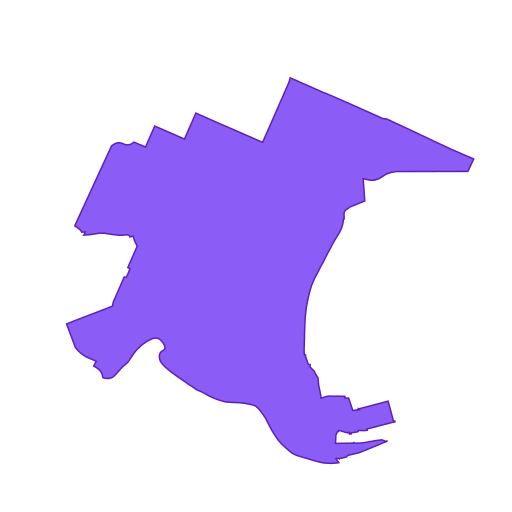 Melbourne, Victoria, Australia (Mercator projection), rotated 286°
{"feature_id": "25037944B74771981745191", "entity_name": "Melbourne", "entity_type": "district", "adm_level": 2, "iso_a3": "AUS", "parent_name": "Australia", "parent_adm1": "Victoria", "projection": "mercator", "projection_center": [144.943, -37.813], "detail": "fine", "context": "isolated", "style": "filled", "palette": "violet", "viewbox_px": 512, "rotation_deg": 286, "n_neighbors": 0, "source": "geoboundaries", "source_scale": "gbopen_adm2", "svg_char_len": 6032}
<svg xmlns="http://www.w3.org/2000/svg" viewBox="0 0 512 512"><g transform="rotate(286 256 256)"><path d="M80.2,392.6L83.2,388.7L83.6,389.3L84.1,390.7L84.1,391.5L83.9,392.1L84.5,392.4L84.9,393.0L85.2,393.6L85.3,394.2L86.1,395.5L86.6,396.5L87.2,397.3L87.6,398.2L89.7,399.4L90.0,399.9L92.6,404.5L94.0,406.9L94.5,408.1L95.4,409.3L98.7,413.7L99.7,415.0L100.5,416.0L101.8,417.6L103.3,419.6L104.9,421.5L106.3,423.4L108.1,425.6L109.9,427.8L111.2,429.3L112.8,431.6L113.8,432.8L114.1,433.0L114.3,432.9L114.2,432.6L113.4,431.6L113.4,431.2L113.6,431.0L113.7,430.7L113.9,430.0L113.9,429.1L114.0,427.6L112.4,423.9L110.4,419.5L110.2,419.2L109.7,418.3L109.6,417.6L109.3,417.2L109.1,416.9L108.9,416.4L108.6,415.9L108.4,415.4L108.0,414.7L107.7,414.1L105.9,410.3L105.8,409.8L105.2,408.6L103.3,402.5L103.3,402.0L103.7,401.6L102.8,400.7L97.8,384.1L105.7,382.2L106.2,382.3L106.9,382.4L107.3,382.4L108.2,382.4L109.2,382.5L109.5,383.1L109.8,383.2L110.2,383.3L110.2,383.7L111.3,383.7L111.3,384.9L111.1,391.4L111.5,392.2L111.4,392.2L111.3,393.2L111.6,393.3L111.8,393.2L112.2,394.3L111.6,394.6L110.6,395.0L111.3,396.6L111.5,396.5L112.3,396.3L115.1,402.3L115.6,402.6L116.5,402.3L118.1,408.7L119.2,410.9L119.2,411.0L119.4,411.0L120.3,410.4L126.3,420.5L134.4,434.2L134.3,434.3L134.9,435.3L135.6,434.8L135.0,433.8L152.9,423.0L137.7,397.5L137.6,396.9L137.0,397.8L136.0,396.2L136.3,396.0L135.2,394.1L134.2,391.6L144.9,384.3L144.9,384.1L144.0,380.5L145.4,380.1L145.6,380.1L144.7,376.7L143.6,372.3L143.2,371.5L141.7,365.7L141.5,364.8L141.2,364.1L141.0,363.6L140.7,363.1L140.5,362.6L137.3,357.8L137.9,357.5L140.9,356.2L149.2,351.8L156.1,349.1L159.5,345.3L161.2,343.9L164.3,338.5L166.6,338.0L166.2,336.3L167.1,335.5L168.8,334.3L169.5,333.9L170.5,333.2L171.5,332.6L171.4,332.2L171.9,331.9L172.6,331.7L174.2,330.9L174.6,330.8L174.2,329.9L174.8,329.7L176.2,329.0L177.5,328.6L180.1,327.8L183.8,326.9L188.9,325.6L198.5,323.1L201.9,322.3L204.5,321.6L207.1,321.0L209.7,320.4L211.9,320.0L214.2,319.6L218.2,318.9L222.0,318.4L227.5,317.9L230.2,317.7L232.0,317.6L235.4,317.5L240.2,317.5L241.8,317.5L245.3,317.8L248.6,318.2L251.2,318.6L259.0,320.3L263.3,321.0L264.9,321.3L266.2,321.7L267.6,322.1L268.6,322.4L268.9,322.4L269.5,322.4L270.0,322.5L271.7,322.9L272.7,323.0L274.5,323.4L278.7,324.2L282.9,325.2L285.3,325.7L286.6,325.9L287.7,326.1L293.5,327.5L296.3,328.3L298.0,328.8L300.4,329.4L301.5,329.8L303.0,330.0L305.2,330.4L306.1,330.5L308.0,330.6L309.7,330.6L310.6,330.6L313.0,330.4L314.7,330.0L315.7,329.8L315.9,330.5L316.3,330.4L317.8,330.0L319.5,329.4L320.5,329.1L321.8,328.8L322.8,328.8L323.1,328.9L323.6,329.0L324.1,329.2L325.2,329.7L327.0,331.4L328.7,332.4L338.9,345.4L359.9,337.7L359.9,339.0L360.1,341.9L360.2,343.4L360.3,344.2L360.4,344.9L360.5,345.7L360.7,346.4L360.9,347.1L361.2,347.9L361.4,348.6L361.7,349.3L362.2,350.0L363.0,351.2L363.5,351.8L363.9,352.5L364.4,353.1L365.0,353.6L368.0,356.3L368.2,356.5L370.2,358.2L370.6,358.6L370.9,359.0L373.5,362.8L373.7,363.1L373.9,363.5L375.7,367.2L375.9,367.7L376.1,368.4L395.7,436.4L409.3,438.5L410.7,427.2L412.4,414.4L416.5,389.0L418.2,378.6L421.0,361.3L422.7,350.3L423.6,345.0L423.6,344.3L423.7,343.5L423.6,343.1L423.5,342.3L423.3,341.3L423.2,340.6L423.1,339.8L423.1,339.4L423.2,338.6L423.6,336.6L424.1,333.1L425.1,326.1L426.6,315.4L427.1,312.1L431.6,278.5L431.6,276.5L436.7,239.8L432.4,239.8L414.8,237.5L413.5,237.3L411.4,237.0L407.7,236.5L405.9,236.3L403.0,235.9L367.1,231.0L373.5,182.6L375.2,170.4L376.8,158.8L348.7,155.0L353.0,122.8L330.3,119.8L331.8,107.3L331.2,106.7L330.9,106.5L330.4,106.2L330.0,105.9L329.7,105.6L329.3,105.2L328.9,104.7L328.6,104.3L328.4,103.9L328.1,103.4L327.8,102.9L327.6,102.3L327.5,101.9L327.3,101.4L327.2,100.8L327.2,100.4L327.1,99.8L327.1,99.2L327.4,95.7L327.3,94.9L327.3,94.1L327.2,93.5L327.1,93.1L326.9,92.6L326.8,92.2L326.4,91.4L326.1,90.9L325.8,90.4L325.4,89.8L324.9,89.2L324.4,88.8L322.1,86.8L236.7,73.7L235.1,73.5L234.6,74.3L234.4,75.1L234.2,76.2L234.0,76.7L233.7,77.2L233.5,77.5L233.3,78.0L233.1,78.5L233.0,79.0L232.7,79.8L232.3,80.3L231.9,80.9L231.3,81.5L231.0,81.8L230.9,81.9L231.5,83.8L232.0,85.3L229.6,85.0L228.6,84.7L231.1,91.4L235.0,99.7L236.1,104.2L236.6,108.1L237.1,112.0L238.4,119.5L239.4,122.5L240.5,125.1L240.8,126.8L240.9,127.9L240.6,128.7L239.5,129.6L240.1,130.5L241.2,132.5L237.2,135.0L233.7,138.2L232.9,139.1L209.8,136.0L209.5,136.0L209.1,138.5L206.1,138.0L205.6,138.1L199.8,137.2L199.5,135.6L199.5,135.1L172.6,131.5L168.1,131.7L152.9,111.6L143.3,98.8L142.2,97.5L138.5,92.6L118.0,107.8L118.0,108.0L117.1,109.2L116.3,110.6L115.6,111.7L115.1,112.8L114.5,113.9L114.0,115.1L113.5,116.4L113.1,117.6L112.7,118.9L112.4,120.0L112.1,121.2L111.9,122.5L111.6,124.8L111.2,128.8L110.7,131.4L105.5,130.3L105.1,131.8L105.0,132.4L104.5,133.9L104.0,135.2L103.4,136.6L102.7,137.8L101.8,139.0L100.0,140.6L96.8,142.4L96.8,142.9L96.8,143.8L97.1,145.8L97.5,147.7L98.2,149.2L99.2,150.7L100.2,151.8L101.2,152.5L102.3,153.2L104.0,154.1L105.4,154.7L108.0,156.0L110.6,157.1L112.6,158.3L115.5,160.1L117.1,161.2L118.6,162.1L121.0,162.9L122.8,163.5L124.9,164.2L126.9,164.8L129.4,165.7L131.8,166.7L134.3,168.0L136.0,169.1L138.1,170.1L139.8,171.4L142.6,173.6L145.0,175.8L146.6,177.6L148.0,179.2L149.0,180.9L149.7,182.9L149.7,184.6L149.3,186.6L148.6,188.1L147.3,190.0L145.8,191.8L144.2,193.1L143.2,193.7L141.8,193.8L140.4,193.5L139.2,192.5L138.1,191.3L136.7,190.7L135.4,190.5L134.1,190.5L132.7,190.8L131.3,191.3L130.0,192.0L128.5,193.1L127.4,194.3L126.4,195.7L125.2,197.7L123.3,201.4L122.0,204.3L120.6,207.8L119.5,210.8L118.0,214.9L115.9,221.3L114.0,226.7L113.2,229.6L112.2,232.8L111.1,235.5L110.9,237.1L110.7,238.8L110.6,240.1L110.3,241.7L109.9,243.5L108.4,250.2L107.8,254.6L107.4,258.1L107.3,261.7L107.3,266.8L107.9,269.8L108.8,274.1L110.4,280.5L111.3,285.6L111.7,290.5L111.9,294.6L111.5,297.4L109.9,300.6L107.2,304.4L102.7,309.9L99.8,312.5L92.8,319.2L88.5,324.0L85.1,328.1L82.2,332.7L80.2,336.7L77.6,342.1L76.5,345.0L75.8,348.0L75.5,351.0L75.4,356.1L75.4,362.3L75.3,369.0L75.4,374.7L75.8,378.7L76.6,382.0L77.4,385.5L79.2,390.5L80.2,392.6Z" fill="#8b5cf6" stroke="#5b21b6" stroke-width="1.5"/></g></svg>